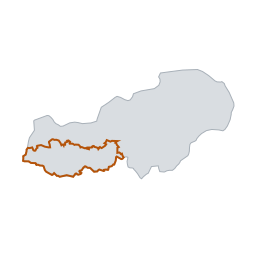 location of Prešov within Slovakia, rotated 174°
{"feature_id": "SVK-1058", "entity_name": "Prešov", "entity_type": "Region", "adm_level": 1, "iso_a3": "SVK", "parent_name": "Slovakia", "parent_adm1": "", "projection": "orthographic", "projection_center": [21.049, 49.105], "detail": "medium", "context": "in_parent", "style": "outline", "palette": "amber", "viewbox_px": 256, "rotation_deg": 174, "n_neighbors": 0, "source": "natural_earth", "source_scale": "10m", "svg_char_len": 3605}
<svg xmlns="http://www.w3.org/2000/svg" viewBox="0 0 256 256"><g transform="rotate(174 128 128)"><path d="M235.8,106.3L235.3,108.7L233.8,111.5L231.9,114.4L230.4,117.9L228.3,125.3L227.0,128.7L221.3,135.5L221.0,144.9L220.2,145.6L207.1,148.9L205.4,148.5L203.6,146.7L202.6,145.3L201.9,144.4L200.8,141.8L199.3,139.9L197.0,138.5L195.0,136.7L192.4,136.7L185.3,139.2L180.4,139.4L177.1,138.6L172.8,137.1L164.3,136.9L158.4,138.1L157.8,140.0L152.4,151.4L144.5,155.5L137.6,159.8L135.6,160.6L132.2,159.2L128.4,156.6L125.2,155.2L122.9,155.7L120.2,158.6L119.0,161.5L111.2,163.5L97.7,164.4L92.9,167.2L91.2,170.6L91.1,173.3L92.2,175.6L90.6,178.3L90.0,179.3L80.4,179.6L67.6,179.9L60.0,179.4L52.8,178.9L48.0,176.4L42.3,171.7L36.3,165.5L35.7,165.3L34.8,164.6L30.9,164.0L29.8,164.3L27.6,162.2L27.0,159.7L23.7,152.9L20.2,141.9L20.3,138.7L22.0,135.3L23.7,132.6L24.0,130.5L24.2,129.9L25.6,125.5L28.9,119.7L31.8,116.4L33.9,115.3L37.9,116.6L44.9,117.8L50.3,117.2L55.4,114.8L58.3,112.6L60.7,110.2L61.5,108.7L62.6,108.0L66.8,106.7L68.2,105.1L68.9,102.0L69.4,98.6L70.3,96.0L71.4,94.2L79.2,89.9L80.0,88.4L81.3,86.9L83.6,85.2L85.8,82.8L88.2,81.3L91.2,81.6L93.9,81.4L96.1,80.5L97.0,80.5L100.9,81.3L101.6,84.2L101.9,87.2L108.7,87.2L112.6,80.9L114.6,80.1L117.7,78.0L119.8,76.1L121.2,77.3L123.2,81.5L125.3,84.8L126.5,86.2L126.7,87.2L127.9,87.8L130.4,88.2L132.0,89.3L132.4,92.3L132.4,95.1L131.6,97.1L131.2,98.9L132.9,99.6L135.4,99.0L137.2,98.0L142.5,100.4L144.4,95.3L146.5,92.7L149.3,91.5L151.8,89.9L154.0,88.8L155.6,88.9L156.3,88.4L158.2,88.5L160.5,89.1L163.5,88.5L167.7,89.8L170.4,92.1L172.9,92.9L175.9,92.8L177.9,91.5L180.8,87.0L183.0,87.1L186.3,86.4L191.0,86.4L201.8,87.3L204.5,89.0L211.2,91.1L214.1,93.6L215.4,96.7L216.1,98.8L223.0,101.9L233.3,105.9L235.8,106.3Z" fill="#d9dde1" stroke="#a8b0b8" stroke-width="1"/><path d="M187.6,85.2L193.9,87.5L201.0,86.6L202.5,87.8L203.7,87.8L206.2,90.9L207.8,89.4L208.5,89.2L214.0,93.1L215.1,94.8L215.9,98.7L216.9,99.5L219.6,99.9L221.3,100.9L222.9,100.8L223.3,101.3L223.2,102.1L223.6,102.7L228.2,103.4L230.2,105.2L234.5,105.7L235.8,106.3L235.3,108.6L235.2,110.9L232.5,112.2L231.3,115.6L231.2,117.0L229.7,118.7L227.9,118.3L225.3,118.7L224.4,115.8L223.6,115.2L222.5,115.2L221.2,117.2L220.1,117.8L220.5,119.5L220.2,119.8L216.2,120.1L212.6,118.1L208.9,117.0L207.5,116.9L207.6,119.7L208.1,121.9L208.0,122.6L204.8,124.6L203.9,124.7L202.5,123.9L200.5,123.8L198.2,122.8L196.7,120.1L196.0,117.8L194.9,118.4L194.1,118.1L193.8,117.4L193.5,118.3L192.3,118.0L192.0,120.1L189.5,120.7L189.3,121.2L189.6,121.7L188.5,121.8L187.0,120.3L187.7,119.0L187.6,118.5L184.7,118.2L183.0,116.8L182.0,117.0L178.9,116.5L177.5,114.6L177.3,113.6L176.0,113.9L173.3,112.4L171.7,112.5L171.1,112.2L171.2,111.8L169.1,111.0L169.0,112.3L169.3,112.7L166.1,112.4L165.7,112.5L165.8,113.1L165.5,113.4L164.5,113.8L163.8,113.6L163.3,112.7L161.1,111.9L159.9,110.9L159.7,110.1L159.1,110.7L159.3,111.3L158.1,111.7L158.4,112.7L157.6,111.6L156.3,110.8L152.5,112.8L151.4,114.1L153.0,115.3L151.6,116.2L150.4,118.2L146.9,116.3L145.4,116.9L139.9,116.1L141.2,115.6L142.1,114.6L141.3,114.2L140.9,112.5L139.2,110.0L140.6,109.5L141.2,104.4L139.3,104.6L138.6,104.1L137.8,102.8L136.7,103.1L136.4,101.2L135.4,99.2L136.8,97.9L138.0,97.8L142.2,100.8L142.9,100.3L143.6,96.8L145.5,93.1L146.4,93.3L148.2,91.7L151.1,91.4L152.0,88.7L152.3,88.4L154.3,89.0L156.2,88.9L156.2,87.9L156.8,87.8L160.8,89.7L161.7,89.4L163.1,88.0L166.3,88.0L169.6,92.0L170.2,92.4L172.2,92.6L174.1,94.2L174.8,94.4L176.5,93.3L178.5,90.8L180.6,90.5L180.9,90.0L180.4,89.1L179.1,88.1L179.9,87.2L182.5,86.7L184.3,88.2L185.1,88.0L187.6,85.2Z" fill="none" stroke="#b45309" stroke-width="2"/></g></svg>